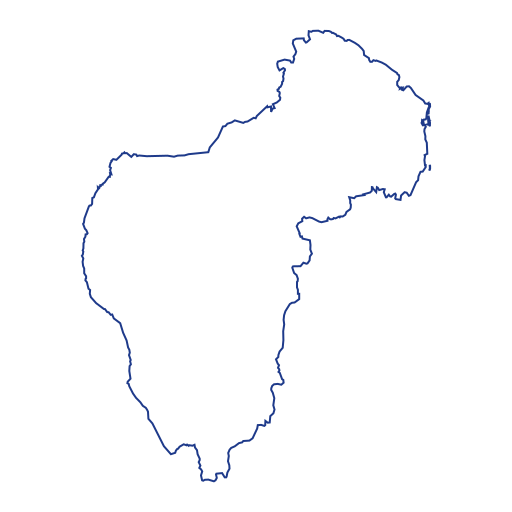 the district of Aceh Tamiang, Aceh, Indonesia
{"feature_id": "22746128B57620394058931", "entity_name": "Aceh Tamiang", "entity_type": "district", "adm_level": 2, "iso_a3": "IDN", "parent_name": "Indonesia", "parent_adm1": "Aceh", "projection": "natural_earth1", "projection_center": [98.154, 4.204], "detail": "fine", "context": "isolated", "style": "outline", "palette": "blue", "viewbox_px": 512, "rotation_deg": 0, "n_neighbors": 0, "source": "geoboundaries", "source_scale": "gbopen_adm2", "svg_char_len": 5982}
<svg xmlns="http://www.w3.org/2000/svg" viewBox="0 0 512 512"><path d="M408.9,195.8L410.5,195.1L416.1,182.2L418.1,180.2L418.5,176.3L420.5,171.8L422.7,171.6L425.7,167.1L425.7,165.2L425.0,165.3L424.4,160.1L425.0,156.3L424.6,155.1L427.3,153.8L426.8,142.7L425.3,139.4L425.4,136.2L424.3,131.5L424.5,129.1L425.8,126.8L424.9,125.1L422.8,125.3L421.7,123.2L422.6,122.9L421.9,122.4L422.1,120.0L423.4,120.7L423.8,119.6L425.7,119.4L426.3,118.3L426.9,112.3L427.9,109.6L428.4,112.0L428.0,112.6L428.4,112.6L427.9,113.7L428.6,113.5L428.8,108.9L430.1,106.6L429.8,105.7L429.8,106.8L429.0,107.6L429.5,106.6L429.0,105.3L429.5,104.6L427.6,103.9L428.4,103.2L428.4,103.7L429.5,104.0L430.1,105.9L429.9,103.8L428.4,103.1L427.2,103.8L425.2,103.5L423.4,100.5L415.6,95.0L410.9,88.0L409.0,86.3L406.7,86.5L403.3,90.3L402.0,89.8L402.7,87.8L400.2,88.8L400.8,87.5L399.4,87.7L397.2,85.0L397.2,81.8L398.7,80.1L399.4,77.1L398.9,75.1L397.5,74.3L397.0,73.0L391.9,69.7L385.8,64.7L381.7,62.5L376.4,60.5L375.7,60.9L373.4,60.2L372.0,61.8L370.3,61.8L369.2,60.0L368.9,58.1L364.1,55.0L363.7,51.0L362.1,48.9L358.5,45.3L354.8,42.8L349.3,39.9L347.6,40.0L346.7,40.9L344.7,40.7L343.6,38.8L341.6,37.5L338.4,35.8L337.0,36.1L336.2,34.5L332.9,32.8L332.1,33.0L330.9,31.8L328.8,31.0L324.6,30.9L323.2,32.8L318.4,30.7L312.8,30.9L311.3,31.8L308.8,31.2L308.5,35.3L310.0,39.3L306.7,42.3L305.9,42.6L303.9,40.2L303.7,38.4L296.3,38.7L293.3,40.3L292.8,43.5L296.2,51.6L295.4,54.1L293.5,56.6L294.2,58.9L293.0,62.5L291.2,62.5L290.0,60.6L284.6,59.6L277.9,61.6L277.2,63.7L277.7,67.0L279.5,70.4L283.3,68.1L284.8,69.0L285.0,70.2L283.4,72.8L283.9,73.6L283.0,76.6L283.5,78.5L283.1,81.1L282.1,82.0L282.1,83.8L280.6,86.8L279.2,87.5L278.9,88.8L277.5,89.6L277.6,90.9L279.3,91.8L279.8,93.0L279.2,96.0L280.3,97.7L280.0,99.8L276.8,102.5L272.9,104.2L274.6,108.1L272.6,108.6L271.1,111.9L271.0,106.5L267.5,107.3L267.2,106.2L256.8,116.0L255.7,118.3L253.7,117.8L247.6,121.5L245.0,121.9L243.3,122.9L234.8,120.4L231.7,122.4L227.4,123.7L225.4,126.1L222.9,126.5L218.0,137.5L209.8,147.4L208.3,152.2L188.6,154.2L184.5,155.4L177.8,155.6L174.0,156.7L167.5,155.7L146.8,156.2L139.2,155.5L137.1,156.1L136.3,154.6L133.8,154.2L131.3,156.9L126.8,153.1L124.9,153.2L124.4,152.4L123.5,153.3L122.0,153.6L121.6,154.7L116.4,159.8L113.2,159.1L111.4,160.8L111.7,161.2L110.5,162.9L109.5,166.8L110.9,167.9L110.1,170.1L111.3,174.0L110.1,173.5L110.4,175.0L109.8,175.5L109.9,176.8L108.6,176.9L104.7,182.4L102.7,183.8L102.7,184.6L100.3,185.2L100.6,186.2L99.4,186.6L99.3,188.0L98.7,188.6L97.9,187.6L98.0,189.3L95.4,193.2L93.9,197.3L92.3,198.0L92.1,203.9L90.9,205.5L89.5,205.6L88.9,206.4L84.5,218.3L83.9,222.7L83.1,223.9L84.9,228.7L86.3,230.2L87.6,233.2L86.9,234.2L85.6,234.4L85.4,236.7L84.0,239.0L84.3,241.7L83.5,243.2L83.4,248.4L82.7,250.5L83.3,251.5L82.8,254.6L81.9,255.8L83.3,258.4L82.6,261.8L83.1,265.9L84.2,268.5L84.2,273.3L86.1,276.2L86.1,278.3L85.6,278.8L85.4,280.4L86.9,282.2L88.5,288.7L90.1,290.0L89.8,293.8L90.9,297.2L96.1,303.1L103.9,309.0L105.0,309.1L107.2,312.1L108.6,312.2L110.7,314.8L112.2,314.5L113.8,318.4L120.2,323.2L123.1,332.7L126.6,340.5L128.1,347.5L129.3,349.7L129.8,352.7L129.0,355.1L130.7,360.0L130.1,361.3L130.9,364.3L129.6,366.1L129.3,371.0L130.5,378.7L127.7,381.7L127.4,383.2L128.7,383.9L129.3,386.3L133.0,393.5L136.0,397.8L140.4,402.3L142.8,405.8L145.8,407.8L147.1,409.8L148.0,411.7L148.4,418.8L152.4,423.4L163.9,446.2L170.9,454.2L175.2,452.8L175.9,450.6L177.3,448.9L178.0,448.8L179.6,446.7L183.7,444.3L186.5,445.3L187.1,444.6L188.7,445.8L189.2,445.2L192.5,445.7L194.5,444.8L195.0,447.5L197.0,450.2L197.6,454.2L199.7,458.7L199.7,460.1L198.7,462.1L200.4,465.6L199.3,467.9L201.1,469.4L202.2,471.4L201.0,475.4L202.1,480.3L203.2,480.7L204.8,479.8L208.3,479.6L213.9,481.3L215.5,480.3L216.8,477.9L216.0,474.4L216.4,473.7L222.1,473.1L224.7,477.3L226.2,477.3L226.6,476.6L227.4,472.5L229.5,468.7L229.3,465.3L228.0,461.2L228.8,456.0L228.2,453.0L229.6,449.7L231.2,447.9L234.8,446.3L239.0,443.1L242.1,442.4L243.3,441.0L249.4,440.6L252.6,438.3L257.2,428.5L257.8,425.1L261.2,424.9L264.3,425.9L265.2,425.2L265.4,420.9L267.7,422.7L269.7,422.5L270.3,416.1L273.4,413.3L274.5,409.5L273.3,405.3L274.3,398.2L272.8,392.8L271.2,389.9L271.3,388.2L272.2,385.9L274.0,384.3L277.7,383.9L281.3,384.7L283.6,382.7L283.3,379.9L282.1,379.2L279.8,372.9L278.5,371.9L279.4,370.5L279.2,369.2L278.0,367.8L279.0,365.2L277.7,363.6L276.0,359.3L278.3,357.0L278.4,355.0L279.6,351.5L282.7,347.8L283.4,340.2L283.2,331.2L284.2,324.4L283.6,319.8L284.1,315.2L285.4,311.2L289.8,304.1L291.9,302.8L294.6,302.5L299.2,299.1L299.2,293.8L297.9,293.8L297.9,289.8L297.0,287.4L297.0,281.9L297.6,281.3L297.9,278.8L296.6,275.1L294.1,273.0L292.3,267.7L292.8,266.5L293.7,266.3L300.5,266.2L303.4,262.7L306.4,263.7L307.5,263.4L309.6,260.4L309.9,256.4L311.9,253.7L310.3,249.6L310.5,245.0L309.9,240.3L302.5,238.6L301.9,236.4L300.5,236.8L299.3,233.7L299.7,233.3L296.7,226.3L298.3,223.3L302.3,221.2L302.1,218.7L304.1,216.8L306.1,218.3L309.5,217.4L312.3,218.1L319.1,221.6L321.5,222.2L327.5,220.8L327.4,219.3L328.3,217.6L329.9,219.1L331.0,219.4L333.0,219.0L333.7,218.0L335.5,218.4L339.1,216.6L339.8,217.3L340.6,216.4L342.7,216.5L345.3,214.8L346.5,211.9L350.1,209.3L350.7,207.7L350.9,204.7L350.2,203.1L350.2,200.4L349.2,197.2L354.2,198.2L356.1,196.3L364.2,195.1L363.5,194.3L370.1,192.5L371.8,190.8L371.9,187.1L372.5,187.2L373.1,188.6L376.2,192.1L376.9,187.2L377.8,187.7L379.2,190.1L382.9,189.0L384.7,189.3L383.8,192.2L385.9,197.3L386.6,197.3L388.8,194.7L390.1,196.4L391.1,196.7L394.3,193.9L395.3,193.6L395.9,194.7L395.2,198.4L395.8,199.1L400.5,199.9L401.1,195.5L404.6,192.2L406.7,192.7L408.9,195.8ZM430.0,122.7L428.5,115.6L428.1,119.7L428.9,120.1L428.2,120.3L428.4,122.5L428.9,122.5L429.0,121.4L429.4,123.4L428.7,123.2L429.1,124.3L428.7,124.6L428.1,124.1L427.1,124.4L429.4,125.0L429.9,126.3L430.0,122.7ZM422.8,124.8L423.8,124.0L423.5,122.5L422.8,122.7L422.4,123.6L422.8,124.8ZM429.8,169.8L430.1,168.7L430.1,166.4L430.1,165.8L429.7,164.9L429.9,168.5L429.5,169.7L428.6,169.9L429.8,169.8Z" fill="none" stroke="#1e3a8a" stroke-width="2"/></svg>